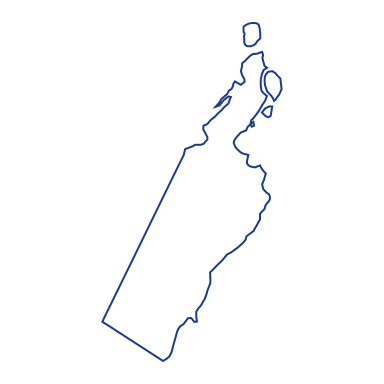 the district of Luís Domingues, Maranhão, Brazil
{"feature_id": "56859067B19920779215846", "entity_name": "Luís Domingues", "entity_type": "district", "adm_level": 2, "iso_a3": "BRA", "parent_name": "Brazil", "parent_adm1": "Maranhão", "projection": "mercator", "projection_center": [-45.834, -1.35], "detail": "fine", "context": "isolated", "style": "outline", "palette": "blue", "viewbox_px": 384, "rotation_deg": 0, "n_neighbors": 0, "source": "geoboundaries", "source_scale": "gbopen_adm2", "svg_char_len": 2578}
<svg xmlns="http://www.w3.org/2000/svg" viewBox="0 0 384 384"><path d="M163.1,361.0L166.7,358.7L169.3,356.5L171.4,352.7L173.4,345.0L175.5,337.6L176.4,334.1L177.3,331.2L178.6,328.5L180.5,326.0L183.5,324.2L188.0,318.2L191.3,318.1L194.3,321.9L197.0,321.5L196.3,317.6L196.2,311.8L198.3,308.5L201.3,305.0L203.1,301.4L204.6,299.4L206.6,293.8L207.5,290.4L210.4,283.0L210.4,279.3L210.1,272.3L212.6,270.0L216.3,266.1L221.7,260.9L224.1,258.1L227.2,254.4L231.1,252.4L237.9,247.4L243.2,242.7L245.6,239.7L246.5,236.3L253.7,230.9L254.7,228.7L256.8,225.3L258.3,222.3L260.0,219.5L260.0,213.8L262.6,210.9L264.6,208.8L265.4,205.5L267.1,203.1L268.9,201.1L270.0,199.0L269.8,196.5L269.1,194.4L266.6,192.7L263.2,189.0L262.1,184.2L264.0,179.8L265.8,173.6L262.9,170.3L261.1,167.7L260.0,165.4L257.7,166.3L255.0,167.4L250.5,166.5L248.6,165.4L246.9,163.3L247.1,160.5L248.4,154.9L245.0,154.1L242.5,153.4L240.4,152.1L238.0,150.0L235.4,147.0L233.7,143.0L234.2,140.5L235.7,138.3L238.0,135.5L240.8,132.5L243.6,131.4L246.2,130.3L247.6,127.0L250.3,124.4L251.4,120.0L253.1,118.6L255.4,115.6L258.7,111.2L260.1,108.7L262.7,104.4L265.2,100.6L266.9,96.0L263.4,93.0L261.7,91.1L261.2,88.9L260.7,85.3L260.8,79.7L261.9,74.1L263.7,69.9L267.0,67.8L264.5,65.9L263.9,63.7L263.2,61.2L262.4,58.0L263.1,55.3L262.1,51.9L258.9,53.0L256.7,53.8L253.1,54.0L250.4,55.6L247.8,58.0L244.6,61.3L242.2,63.2L242.0,66.4L241.0,70.9L241.7,74.1L242.9,76.6L244.3,78.9L244.6,81.8L240.9,84.8L238.3,83.4L234.9,81.4L233.3,84.1L232.8,86.6L231.3,89.2L229.0,90.5L227.1,94.1L221.5,98.9L219.2,102.7L215.5,106.8L219.3,105.6L224.1,99.8L228.4,96.5L230.8,96.9L228.4,103.5L224.4,107.0L221.1,110.7L218.5,112.8L215.1,116.5L210.5,120.2L207.5,123.9L203.4,125.8L203.2,129.2L207.4,137.1L207.4,139.4L203.5,143.9L200.7,144.8L195.0,144.8L192.9,146.2L185.2,149.1L183.7,155.1L173.8,175.1L133.8,257.3L103.8,318.6L102.4,321.9L107.0,324.7L163.1,361.0ZM280.4,78.6L277.7,75.9L275.4,73.2L272.4,71.2L268.2,71.8L265.9,74.4L264.9,76.8L264.6,80.1L264.9,84.8L265.9,87.9L267.1,91.4L271.5,96.0L273.1,98.6L274.0,100.9L275.7,99.5L276.8,97.6L279.2,94.5L280.1,92.5L281.6,88.9L280.7,81.5L280.4,78.6ZM254.1,45.0L255.7,43.6L257.6,40.8L260.3,38.4L260.2,33.0L259.8,29.8L259.5,27.4L258.5,24.5L256.6,23.3L254.4,23.0L252.2,23.0L249.9,23.3L247.7,24.1L245.5,25.2L243.6,26.6L243.5,29.1L243.6,31.8L244.6,33.7L244.0,36.5L244.3,39.8L244.3,42.7L245.3,45.0L247.1,46.2L250.5,46.3L254.1,45.0ZM272.2,106.5L269.2,106.4L265.1,108.5L261.9,112.5L265.9,116.4L268.6,117.2L270.7,115.8L272.2,106.5ZM250.3,124.4L251.7,126.7L254.1,125.7L253.3,122.0L250.3,124.4Z" fill="none" stroke="#1e3a8a" stroke-width="2"/></svg>